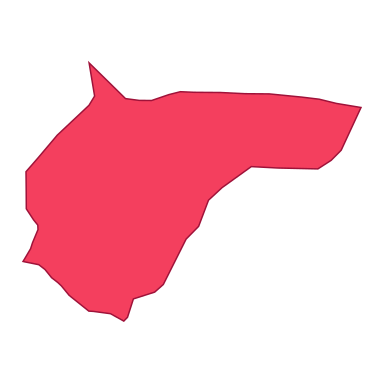 Nyiragongo, Nord-Kivu, Democratic Republic of the Congo (Robinson projection)
{"feature_id": "63176286B84996923503616", "entity_name": "Nyiragongo", "entity_type": "district", "adm_level": 2, "iso_a3": "COD", "parent_name": "Democratic Republic of the Congo", "parent_adm1": "Nord-Kivu", "projection": "robinson", "projection_center": [29.271, -1.55], "detail": "fine", "context": "isolated", "style": "filled", "palette": "rose", "viewbox_px": 384, "rotation_deg": 0, "n_neighbors": 0, "source": "geoboundaries", "source_scale": "gbopen_adm2", "svg_char_len": 755}
<svg xmlns="http://www.w3.org/2000/svg" viewBox="0 0 384 384"><path d="M123.8,321.1L127.5,317.3L133.4,298.9L154.7,292.1L163.3,284.5L186.1,239.1L198.6,226.4L208.5,200.2L222.1,187.6L251.3,166.6L277.7,168.0L317.9,168.9L331.2,160.3L341.2,150.2L361.0,107.5L336.3,103.4L319.2,99.2L301.7,97.1L269.3,93.9L245.1,93.7L220.4,92.5L205.1,92.4L194.0,92.3L180.4,91.7L168.9,94.6L151.6,100.5L139.2,100.4L125.5,98.6L89.1,62.9L94.6,96.1L89.0,105.3L67.2,125.8L57.3,135.1L38.2,157.7L26.0,171.7L26.1,179.9L26.2,190.6L26.3,208.8L33.6,219.9L37.8,225.1L38.0,229.6L32.5,242.8L30.6,248.7L25.6,257.2L23.0,261.5L38.8,264.7L45.0,269.5L51.6,277.7L57.9,282.6L61.4,285.9L69.2,295.4L88.8,311.1L93.4,311.4L110.5,313.7L123.8,321.1Z" fill="#f43f5e" stroke="#9f1239" stroke-width="1.5"/></svg>